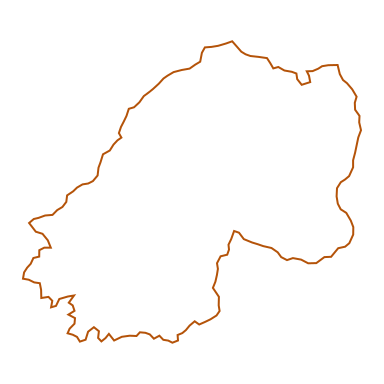 Araçoiaba da Serra, São Paulo, Brazil
{"feature_id": "56859067B80681232985550", "entity_name": "Araçoiaba da Serra", "entity_type": "district", "adm_level": 2, "iso_a3": "BRA", "parent_name": "Brazil", "parent_adm1": "São Paulo", "projection": "albers", "projection_center": [-47.659, -23.543], "detail": "fine", "context": "isolated", "style": "outline", "palette": "amber", "viewbox_px": 384, "rotation_deg": 0, "n_neighbors": 0, "source": "geoboundaries", "source_scale": "gbopen_adm2", "svg_char_len": 2330}
<svg xmlns="http://www.w3.org/2000/svg" viewBox="0 0 384 384"><path d="M337.6,65.0L328.3,65.2L322.1,66.2L318.2,68.7L312.6,71.1L306.8,71.3L309.0,75.7L310.2,82.1L301.7,84.8L297.2,79.1L296.4,73.5L291.8,71.8L284.4,70.5L278.3,67.0L273.3,68.4L270.3,63.2L267.0,58.1L258.6,56.9L250.4,56.0L245.6,54.3L241.3,51.7L237.3,47.1L232.2,41.3L226.0,43.5L218.2,45.8L211.5,46.9L204.9,47.4L201.9,52.8L200.2,61.7L195.3,64.6L189.6,68.6L181.7,70.0L173.6,72.1L167.5,75.7L163.5,78.5L158.8,83.7L153.0,89.0L149.3,92.0L143.8,96.1L139.4,102.3L134.0,107.3L128.8,108.8L126.5,115.9L123.8,121.5L121.0,126.9L118.9,133.1L121.4,137.6L117.5,140.3L113.5,144.6L109.8,150.5L103.0,154.3L100.5,162.3L98.5,167.7L97.6,175.5L92.9,181.1L88.2,183.5L82.5,184.4L77.0,187.6L73.2,191.3L67.1,195.4L66.3,201.9L62.4,207.0L57.2,210.1L52.5,214.9L45.1,215.5L38.5,217.9L33.8,219.0L29.1,223.0L35.8,231.7L42.5,233.8L47.8,240.3L50.8,247.7L44.2,247.7L39.3,250.2L39.2,256.6L33.4,258.0L30.7,263.8L27.2,267.6L24.1,272.4L23.0,278.7L28.7,279.7L34.2,282.4L39.8,283.2L41.1,289.8L41.3,298.0L48.5,296.9L52.3,300.8L51.1,307.3L56.0,305.9L59.3,299.0L67.9,296.5L74.0,295.5L68.8,302.7L72.7,305.4L74.5,310.8L68.4,314.6L75.0,318.1L74.5,323.7L69.6,328.7L67.6,333.3L72.7,334.7L77.0,336.9L79.9,341.6L85.6,339.7L88.1,331.7L93.9,327.2L98.9,331.2L98.1,337.9L101.4,341.4L105.5,338.1L108.9,333.9L114.1,340.5L121.8,336.8L129.7,335.7L136.5,336.0L139.9,332.3L145.4,332.8L149.8,334.4L153.9,338.7L159.4,335.7L163.3,339.8L168.3,340.6L172.4,342.7L178.0,340.5L177.6,335.0L182.3,333.1L185.9,330.1L189.6,325.6L194.7,321.3L199.2,324.5L204.9,322.0L210.5,319.3L216.5,315.5L219.6,311.0L218.7,305.4L218.9,296.8L212.9,287.9L215.4,281.7L216.9,275.1L217.9,268.9L217.0,263.2L220.6,256.3L227.2,254.7L229.0,249.6L228.5,244.7L231.2,239.1L234.1,231.0L239.0,232.7L243.8,239.1L252.1,242.5L257.7,244.2L263.2,246.1L271.5,248.0L277.7,252.3L281.2,257.1L287.0,260.1L292.9,258.1L301.1,259.6L308.2,263.3L316.3,263.1L324.4,257.1L331.1,256.8L338.2,248.2L345.1,246.7L349.3,243.2L353.2,234.6L353.3,227.1L350.8,220.6L346.3,212.9L340.7,209.3L337.8,203.7L336.6,196.4L337.0,188.2L340.8,182.2L344.9,179.6L349.1,176.1L353.1,167.3L353.1,160.3L355.1,152.7L357.0,143.6L358.3,137.4L361.0,130.2L359.2,122.4L359.5,115.9L355.1,109.7L354.8,102.8L356.6,96.7L352.2,89.3L347.0,83.2L343.0,80.0L339.8,74.1L337.6,65.0Z" fill="none" stroke="#b45309" stroke-width="2"/></svg>